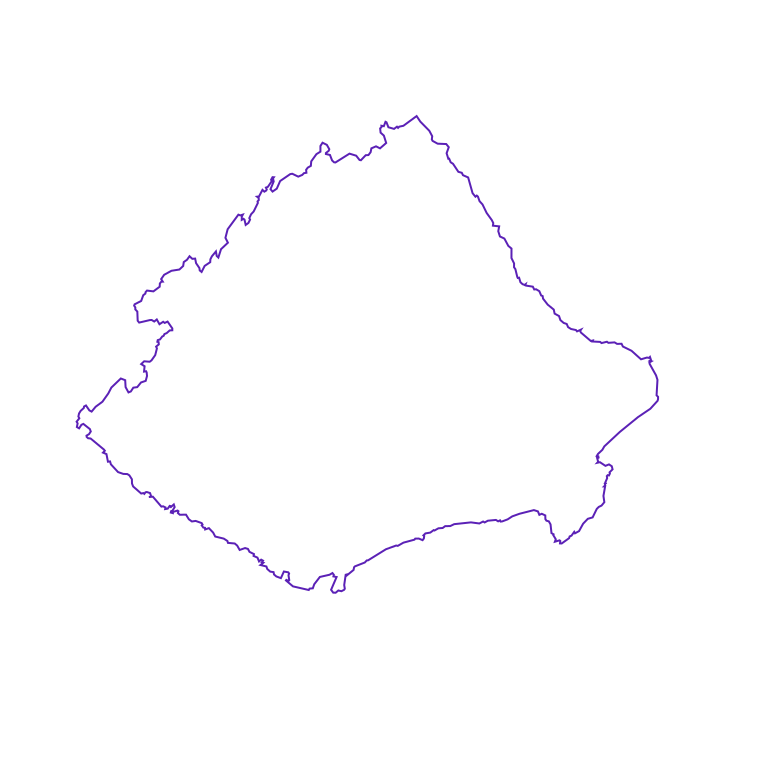 Bangkalan, Jawa Timur, Indonesia (Equal Earth projection), rotated 217°
{"feature_id": "22746128B23347682239441", "entity_name": "Bangkalan", "entity_type": "district", "adm_level": 2, "iso_a3": "IDN", "parent_name": "Indonesia", "parent_adm1": "Jawa Timur", "projection": "equal_earth", "projection_center": [112.943, -7.046], "detail": "fine", "context": "isolated", "style": "outline", "palette": "violet", "viewbox_px": 768, "rotation_deg": 217, "n_neighbors": 0, "source": "geoboundaries", "source_scale": "gbopen_adm2", "svg_char_len": 6166}
<svg xmlns="http://www.w3.org/2000/svg" viewBox="0 0 768 768"><g transform="rotate(217 384 384)"><path d="M606.8,168.9L605.0,168.2L603.4,164.8L600.8,165.1L601.1,169.3L600.1,171.2L591.8,171.0L589.6,169.6L589.4,166.4L590.5,163.7L589.6,162.8L587.7,162.6L585.5,163.9L568.2,163.1L566.8,162.7L567.1,160.1L563.5,161.0L557.7,155.8L556.2,157.3L553.8,155.5L543.4,153.6L538.1,155.3L534.8,157.6L532.4,157.8L528.0,156.2L525.4,152.9L522.7,151.2L512.0,150.4L510.5,152.1L509.3,152.0L509.3,154.0L508.4,155.0L505.2,156.1L502.7,154.4L502.4,153.6L503.8,152.2L500.8,154.9L488.0,152.1L486.8,153.4L484.2,153.9L483.5,152.4L481.7,154.3L481.8,157.7L480.6,158.2L480.3,156.6L479.4,161.3L477.1,159.7L476.7,155.6L477.5,154.3L476.9,153.0L474.9,153.8L475.6,154.7L472.7,158.7L471.6,158.7L471.0,156.9L468.4,156.7L463.5,160.5L458.4,158.5L454.7,158.6L452.0,161.3L445.9,163.2L444.3,162.5L444.5,161.4L441.9,160.6L440.4,161.4L439.3,160.2L437.1,163.5L431.0,162.5L427.0,160.6L418.9,164.1L414.6,164.4L413.0,163.2L407.2,166.8L404.0,166.6L399.4,164.6L396.3,169.3L393.4,170.4L390.4,169.0L385.5,169.9L384.7,168.2L380.6,169.2L377.0,167.1L376.4,169.8L374.3,170.1L374.3,168.1L372.8,168.6L373.7,165.1L368.1,167.5L365.9,166.0L361.9,165.7L359.0,167.3L357.2,165.7L354.2,165.5L349.5,166.9L351.1,174.0L347.1,176.0L345.7,175.5L345.2,173.8L341.6,170.3L341.7,169.3L344.1,168.8L344.1,168.1L334.9,167.6L320.1,174.2L320.3,175.8L317.9,178.0L319.2,182.1L319.1,191.3L312.7,198.9L311.4,202.0L309.2,201.4L308.6,199.9L305.7,201.3L302.4,187.8L299.0,186.8L297.0,188.2L296.2,191.6L293.3,192.9L292.0,195.6L292.1,196.9L294.8,199.5L299.8,208.6L299.1,209.5L298.5,208.7L296.4,217.2L297.6,219.6L297.5,220.8L291.9,229.9L291.6,232.7L290.6,233.6L283.0,253.2L277.1,262.3L275.6,263.0L273.0,269.0L266.0,278.0L266.0,279.3L263.2,281.5L259.2,282.5L259.2,284.6L260.4,286.8L261.4,286.8L261.0,289.6L257.6,293.2L256.4,297.2L255.5,297.4L253.7,301.5L250.5,304.3L249.6,307.3L245.6,310.4L243.6,314.3L231.3,325.8L223.9,330.0L222.1,333.8L220.3,334.0L218.8,337.3L212.8,342.8L210.2,343.0L209.3,344.9L208.1,344.3L206.9,345.4L203.8,350.3L201.9,355.5L197.7,361.9L188.4,373.5L184.4,374.9L181.2,373.0L179.9,375.3L176.1,376.1L173.8,373.2L172.0,372.6L169.7,373.5L166.5,372.1L160.5,365.7L158.1,366.0L157.9,365.2L153.4,363.4L152.6,360.9L149.7,364.8L148.7,364.7L147.5,362.6L146.1,363.6L143.4,372.3L144.0,374.0L143.0,375.7L143.1,380.4L141.6,379.7L139.7,383.9L140.9,392.3L140.1,399.0L137.1,403.0L138.9,412.3L138.5,415.1L137.1,417.8L136.9,422.2L141.4,426.7L145.8,435.3L146.6,434.7L146.4,436.3L147.7,437.3L147.2,438.2L148.0,438.5L149.1,443.1L150.6,444.5L150.5,445.8L149.3,446.3L149.7,448.4L150.7,449.2L150.1,453.4L152.6,455.4L155.9,455.2L157.9,451.9L164.5,451.5L166.3,449.4L166.2,450.8L168.9,452.9L168.3,454.3L169.1,455.0L169.8,453.7L170.7,454.1L171.0,457.0L170.0,462.8L170.5,466.8L166.8,487.7L161.2,510.5L156.4,524.5L155.4,535.2L156.0,536.8L157.4,538.7L159.5,539.0L168.1,551.9L171.9,554.6L183.9,559.9L185.0,560.9L184.1,563.1L185.7,562.5L185.3,563.9L187.9,565.7L188.1,564.3L189.9,563.4L193.6,558.4L206.3,559.5L215.8,557.7L218.5,559.1L222.0,556.3L224.9,556.0L229.6,551.9L231.4,551.9L234.9,547.6L236.7,547.7L243.1,543.4L243.4,544.4L244.7,542.8L257.7,543.6L259.3,544.4L259.4,546.0L261.5,542.2L263.2,542.6L267.7,540.5L271.2,540.2L274.2,541.9L277.3,540.9L281.6,541.2L285.1,543.6L290.1,542.9L293.2,545.6L301.0,545.9L308.4,547.9L310.2,549.7L311.8,549.3L315.8,551.6L319.5,551.2L320.9,549.9L323.7,551.3L329.9,548.0L330.7,547.8L331.0,548.8L331.3,547.8L333.4,547.1L336.3,547.4L340.1,550.2L341.0,549.2L342.1,549.8L348.2,554.8L350.4,555.5L352.7,558.6L358.0,561.3L363.7,568.9L367.8,569.1L375.4,572.6L380.2,571.6L384.7,574.8L386.9,579.2L392.3,576.0L393.6,578.3L396.6,579.8L405.0,582.4L413.4,586.7L417.7,587.5L421.8,590.2L423.3,590.3L423.7,588.6L428.1,589.7L441.1,599.6L446.6,598.3L449.0,599.5L452.3,598.2L461.4,601.4L464.2,601.2L467.6,603.2L468.2,602.6L472.9,606.0L474.8,612.1L478.7,613.1L485.8,608.2L491.5,607.4L493.0,608.1L494.6,610.9L500.2,613.5L512.9,615.4L519.2,617.6L523.9,601.9L526.7,598.7L526.9,597.0L528.5,597.3L529.5,593.8L535.0,591.7L539.5,594.5L540.6,594.3L539.3,589.8L541.5,588.7L540.6,587.6L540.9,585.8L538.0,582.7L533.6,582.3L527.3,577.8L529.0,569.8L533.4,569.0L535.9,564.6L534.2,561.1L534.2,557.5L536.3,555.7L537.1,548.8L538.4,548.2L543.6,549.6L550.2,547.2L556.1,531.7L557.3,531.0L560.0,531.3L565.0,534.4L568.8,532.7L569.4,533.5L568.5,537.0L569.0,538.6L573.6,540.6L578.3,539.7L578.0,535.8L574.6,531.3L576.3,526.9L576.1,518.0L573.7,514.2L575.1,510.9L575.1,508.2L573.1,506.0L574.8,504.2L575.1,501.8L577.3,498.0L583.8,496.7L585.2,495.2L589.1,483.6L587.2,475.5L588.8,470.6L591.9,471.3L594.0,479.4L596.4,481.4L596.4,482.8L597.5,482.1L597.1,479.2L595.7,478.3L595.4,471.5L596.5,469.8L594.7,468.8L594.5,467.6L595.3,465.6L597.9,465.9L596.7,458.6L598.1,457.2L596.0,457.1L594.7,455.5L594.9,453.7L593.7,452.7L591.9,443.3L592.3,439.6L591.4,435.4L589.9,434.7L589.2,431.0L590.2,427.8L594.3,431.3L595.6,431.4L596.4,429.5L598.3,432.1L598.7,434.3L600.2,432.2L602.2,431.6L602.0,413.5L598.6,405.3L593.7,402.9L595.3,393.6L592.4,385.3L594.7,385.6L598.0,388.7L598.3,382.4L597.7,379.1L596.1,376.7L598.3,370.4L597.1,363.7L599.5,363.8L601.2,365.5L606.8,367.4L610.3,370.5L612.4,368.6L616.2,369.0L616.1,364.6L617.3,360.9L615.4,357.4L616.3,352.3L621.9,346.5L625.3,338.9L625.1,333.7L622.3,332.6L623.4,331.7L623.5,329.4L621.7,326.7L623.9,319.2L629.5,316.0L629.7,313.9L629.0,312.6L629.7,310.0L627.9,304.2L631.1,297.6L630.7,296.2L628.7,295.5L627.5,293.9L624.6,293.4L618.8,286.3L616.5,285.7L609.5,294.1L608.1,295.3L605.1,295.6L604.3,298.8L599.3,296.6L597.8,300.8L595.9,300.8L594.4,303.6L586.5,301.0L585.4,299.5L587.4,297.8L588.2,293.8L589.4,291.8L589.0,289.8L589.7,288.5L589.7,284.8L591.1,282.9L590.4,281.3L589.2,281.8L587.7,280.1L588.5,276.7L586.8,275.8L584.1,269.4L583.9,263.0L584.5,260.8L589.2,257.8L589.9,253.8L585.9,254.1L583.1,249.5L581.7,251.0L580.5,250.4L578.1,247.8L576.2,243.1L579.0,239.0L579.2,233.0L582.0,230.2L581.7,225.7L583.0,223.5L588.5,226.0L593.0,231.3L597.5,230.0L599.6,217.1L598.5,210.5L598.2,200.4L600.6,192.3L600.9,186.0L603.4,185.6L609.1,187.5L610.0,185.5L609.3,184.2L610.1,180.0L609.8,176.9L608.5,174.1L606.7,173.3L606.8,168.9Z" fill="none" stroke="#5b21b6" stroke-width="2"/></g></svg>